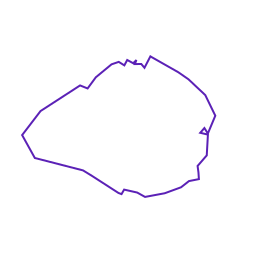 Overton, Tennessee, United States of America (Albers equal-area conic projection), rotated 121°
{"feature_id": "52423323B37655039009426", "entity_name": "Overton", "entity_type": "district", "adm_level": 2, "iso_a3": "USA", "parent_name": "United States of America", "parent_adm1": "Tennessee", "projection": "albers", "projection_center": [-85.32, 36.342], "detail": "fine", "context": "isolated", "style": "outline", "palette": "violet", "viewbox_px": 256, "rotation_deg": 121, "n_neighbors": 0, "source": "geoboundaries", "source_scale": "gbopen_adm2", "svg_char_len": 598}
<svg xmlns="http://www.w3.org/2000/svg" viewBox="0 0 256 256"><g transform="rotate(121 128 128)"><path d="M129.7,44.8L124.7,48.8L110.9,46.4L92.5,56.1L94.9,63.6L88.7,62.5L91.6,56.7L72.5,59.5L60.0,78.7L55.1,101.3L54.3,113.6L55.1,145.7L67.9,144.9L66.3,149.6L69.7,155.1L65.4,155.8L69.8,156.9L70.1,163.7L76.2,163.4L76.1,170.0L81.9,174.9L101.1,181.7L114.9,183.0L116.2,191.0L158.5,211.7L188.6,215.1L201.7,192.4L187.5,144.7L187.6,134.2L188.6,102.7L188.0,99.5L182.8,99.6L178.6,86.9L178.3,77.9L165.0,62.9L151.5,52.0L142.1,48.4L135.3,40.9L129.7,44.8Z" fill="none" stroke="#5b21b6" stroke-width="2"/></g></svg>